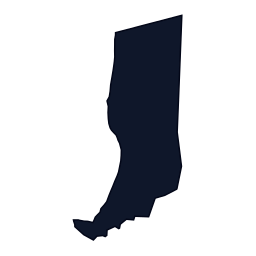 Faysal, As Suways, Egypt (Robinson projection), rotated 88°
{"feature_id": "37247803B30609980444918", "entity_name": "Faysal", "entity_type": "district", "adm_level": 2, "iso_a3": "EGY", "parent_name": "Egypt", "parent_adm1": "As Suways", "projection": "robinson", "projection_center": [32.277, 30.117], "detail": "fine", "context": "isolated", "style": "filled", "palette": "ink", "viewbox_px": 256, "rotation_deg": 88, "n_neighbors": 0, "source": "geoboundaries", "source_scale": "gbopen_adm2", "svg_char_len": 1168}
<svg xmlns="http://www.w3.org/2000/svg" viewBox="0 0 256 256"><g transform="rotate(88 128 128)"><path d="M238.7,166.5L235.0,162.8L234.6,157.0L235.7,154.6L234.6,153.0L229.2,152.5L225.8,144.4L228.2,140.8L227.8,140.0L223.9,139.1L219.1,132.8L220.0,125.6L216.4,124.3L217.4,110.5L199.0,103.3L196.5,93.5L191.0,81.9L190.7,81.4L190.2,81.2L169.4,76.2L168.1,75.9L153.6,77.2L133.8,79.0L84.5,75.3L71.1,74.3L17.5,70.3L17.3,70.3L23.9,99.7L24.3,101.5L26.5,111.3L30.6,129.4L32.3,137.1L34.7,137.2L39.0,138.1L44.2,138.3L50.2,138.6L56.4,138.7L61.2,139.3L65.3,140.0L70.3,140.9L77.7,142.4L84.3,143.8L90.6,144.5L96.2,145.6L100.2,148.0L105.7,146.9L111.8,147.4L118.2,147.3L123.0,146.9L127.2,145.8L129.6,144.5L132.3,142.2L134.6,140.1L137.4,139.0L139.9,138.3L142.9,136.9L149.6,135.4L155.1,135.7L160.6,136.3L166.5,137.7L171.6,138.9L175.6,140.5L180.8,143.0L186.1,145.3L189.9,147.1L194.8,149.3L200.9,151.8L204.3,154.6L207.6,157.8L211.3,158.9L213.5,161.3L216.0,163.8L219.2,165.2L221.3,166.4L219.9,171.4L219.6,175.2L218.6,179.7L218.2,180.7L218.0,185.7L219.3,185.5L222.6,184.5L224.8,184.5L230.5,178.6L233.1,175.9L233.8,174.7L238.7,166.5Z" fill="#0f172a" stroke="#020617" stroke-width="1.5"/></g></svg>